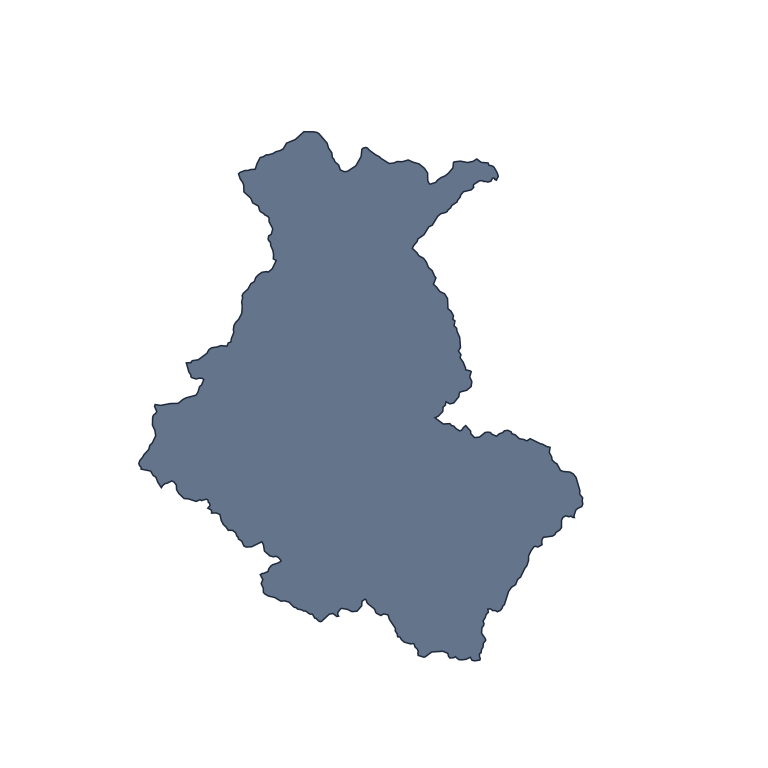 outline of Recuay, Áncash, Peru, rotated 127°
{"feature_id": "86281439B88732567790180", "entity_name": "Recuay", "entity_type": "district", "adm_level": 2, "iso_a3": "PER", "parent_name": "Peru", "parent_adm1": "Áncash", "projection": "albers", "projection_center": [-77.446, -9.949], "detail": "fine", "context": "isolated", "style": "filled", "palette": "slate", "viewbox_px": 768, "rotation_deg": 127, "n_neighbors": 0, "source": "geoboundaries", "source_scale": "gbopen_adm2", "svg_char_len": 6147}
<svg xmlns="http://www.w3.org/2000/svg" viewBox="0 0 768 768"><g transform="rotate(127 384 384)"><path d="M321.7,321.7L321.6,323.0L323.5,327.3L322.0,328.7L318.9,333.9L317.3,339.0L314.2,340.2L312.8,344.5L308.9,344.8L301.2,351.6L297.9,357.5L295.8,359.5L295.3,363.1L290.8,365.4L291.0,367.9L287.6,369.7L285.5,374.4L285.4,378.2L277.5,384.7L275.5,389.9L276.5,395.3L275.0,400.3L274.6,404.5L267.9,406.4L267.5,408.3L264.5,413.7L264.1,418.7L261.1,423.6L259.8,428.0L260.6,433.7L259.4,436.3L258.6,443.0L255.6,443.6L250.2,443.3L247.7,444.2L240.7,441.9L231.5,442.8L228.1,441.0L217.9,442.0L214.0,441.2L209.9,438.0L208.1,437.3L206.4,437.6L203.2,436.8L200.7,437.3L194.6,435.2L192.7,435.8L189.0,435.6L186.7,436.5L182.6,436.2L176.4,431.1L172.8,430.7L172.2,431.8L170.7,432.4L164.2,430.0L162.4,427.8L162.4,426.3L161.2,425.0L160.2,422.5L157.6,420.6L154.5,421.2L153.7,420.7L153.2,419.2L154.0,418.7L153.6,416.9L149.3,417.7L147.1,420.9L144.8,426.2L144.6,428.4L146.1,431.9L144.8,433.9L148.5,439.8L148.4,445.3L152.5,446.8L156.8,450.5L160.0,457.1L164.4,461.7L165.4,461.8L169.9,459.0L176.7,459.4L180.7,460.3L185.0,462.8L189.1,464.0L191.8,464.0L196.6,467.4L196.8,468.4L195.3,471.4L189.2,476.2L187.4,481.5L187.1,488.5L189.3,494.1L190.5,499.5L195.4,503.1L198.5,507.5L201.5,509.1L204.8,512.6L205.6,522.2L205.3,524.6L206.0,528.8L206.1,536.2L205.5,539.2L206.1,541.0L208.1,542.6L209.9,542.9L216.1,539.2L226.7,537.8L236.2,541.2L238.4,543.6L239.3,547.7L236.4,552.1L236.1,556.8L234.5,559.5L234.3,561.4L230.7,564.9L228.9,570.4L225.9,574.3L223.2,586.6L223.5,589.1L224.9,591.9L230.7,599.8L242.2,602.0L250.3,606.8L256.8,606.0L260.0,607.4L263.7,610.2L266.8,611.4L270.9,614.5L271.7,615.9L275.3,617.3L277.7,619.2L284.6,618.0L290.0,616.1L293.1,619.7L295.3,621.1L297.0,623.4L301.6,626.3L303.7,626.7L306.9,622.0L308.0,618.3L309.8,615.5L314.9,611.5L315.8,602.2L318.4,597.8L317.5,591.3L320.2,588.0L320.7,586.4L320.3,582.6L320.7,581.1L320.1,577.6L320.7,575.5L323.4,573.7L326.9,566.5L328.0,565.8L332.4,564.1L335.0,565.3L338.0,563.8L338.9,562.4L339.2,560.0L341.6,557.8L344.2,553.2L347.0,550.2L350.7,547.7L350.2,544.4L359.4,542.6L364.3,543.8L364.8,545.3L368.2,548.7L372.5,550.1L376.1,550.5L380.3,549.2L383.9,550.7L390.1,549.8L396.4,551.0L399.0,550.4L399.8,549.1L404.6,546.7L406.7,544.4L413.0,540.2L419.8,539.0L423.9,539.5L427.5,539.1L431.3,537.0L433.2,535.0L439.7,533.2L442.5,531.6L444.9,533.1L448.3,532.2L451.5,537.4L454.9,539.6L458.8,543.5L461.9,544.5L466.2,543.9L476.5,547.0L480.6,551.0L482.0,551.4L483.0,550.9L486.1,554.6L492.0,546.8L492.9,543.8L494.4,542.6L494.6,541.4L493.1,537.1L490.5,535.0L488.9,532.6L488.9,530.6L494.6,529.1L497.0,529.7L502.8,527.6L506.2,527.5L514.1,533.7L517.4,535.3L523.3,536.7L528.1,542.8L535.5,549.5L538.1,554.4L539.9,553.9L542.7,549.0L544.7,548.6L547.6,549.4L549.9,548.7L556.2,544.2L558.9,539.1L562.7,535.2L570.4,533.6L573.9,534.1L577.9,532.5L585.1,533.2L587.4,532.7L591.9,533.0L595.0,532.0L596.3,530.2L596.7,527.8L598.2,526.8L594.0,518.0L596.0,513.2L595.7,510.1L598.6,505.5L600.8,499.4L598.2,499.6L595.3,498.9L593.6,497.4L589.1,495.1L588.7,492.6L589.7,489.0L593.2,486.1L594.9,482.1L595.8,474.7L593.6,471.4L590.8,463.3L587.1,461.3L587.0,459.6L583.1,456.8L582.7,455.6L582.8,454.5L584.3,453.0L584.2,451.6L585.6,449.8L589.2,450.0L588.6,446.5L589.6,444.8L590.9,444.1L587.9,440.3L587.0,436.5L590.9,431.9L592.9,427.8L593.3,424.0L594.6,420.4L592.0,416.8L592.1,412.8L594.0,410.1L594.2,408.1L595.4,407.0L595.1,403.1L597.7,398.4L597.2,396.0L593.6,391.7L583.5,386.6L584.9,383.6L589.4,378.9L590.0,371.8L588.7,368.5L586.6,366.6L586.1,364.0L587.0,360.0L587.9,359.7L590.8,361.0L595.4,364.2L597.6,364.9L601.0,364.8L603.5,363.8L607.8,366.2L608.6,367.3L610.8,368.1L613.1,363.1L617.4,361.9L619.7,357.6L623.0,354.9L623.4,352.7L622.9,348.7L620.3,342.9L619.5,335.6L617.1,333.0L615.4,328.6L616.4,321.8L615.5,319.3L615.8,317.6L613.9,313.8L613.7,311.5L612.5,310.0L612.4,304.8L610.9,302.6L612.7,298.3L612.1,297.2L612.6,293.7L612.2,291.9L611.1,291.0L600.9,289.2L600.0,288.6L598.0,286.5L598.1,281.8L596.7,280.5L595.9,282.2L594.5,283.3L590.1,283.4L588.7,282.8L586.0,277.6L585.1,272.6L581.7,268.8L574.7,268.3L570.6,270.8L567.2,269.6L567.3,268.1L568.8,266.2L569.2,264.4L569.4,256.6L570.2,254.6L571.3,253.5L571.6,251.6L570.8,247.2L567.7,245.8L566.0,241.8L568.7,238.1L572.3,227.8L574.4,226.5L575.7,223.0L577.7,221.0L576.5,219.1L577.7,216.2L578.0,212.6L575.5,206.1L573.9,204.8L573.5,203.5L575.4,200.9L575.6,198.2L576.8,195.7L578.2,195.3L580.2,193.4L578.2,187.8L577.1,186.9L569.3,184.6L562.0,176.1L560.7,170.9L562.6,168.7L563.2,166.4L560.5,163.5L558.9,162.9L559.1,158.3L557.2,155.5L554.4,152.7L550.3,150.6L551.7,147.4L550.4,144.8L546.8,141.3L545.2,142.0L544.2,143.7L541.9,145.4L540.1,144.7L537.7,146.2L534.4,146.6L531.2,148.7L527.7,148.4L526.6,149.4L524.2,156.2L519.5,159.2L517.4,159.0L515.3,159.8L513.6,162.2L510.0,162.5L506.6,163.7L503.4,163.3L501.3,165.6L499.4,163.5L499.6,160.9L497.9,158.7L497.7,156.4L494.8,154.8L492.0,154.7L489.8,155.5L487.9,155.0L474.5,159.7L469.5,159.8L465.0,158.1L460.8,159.4L458.7,159.5L456.0,158.7L446.6,160.6L443.3,160.5L438.0,162.3L434.2,165.1L428.6,166.2L423.7,166.3L422.5,165.4L421.6,163.0L417.8,161.2L417.1,161.1L415.0,163.2L412.8,164.2L410.6,164.5L404.2,158.0L401.6,156.9L399.1,157.3L394.9,155.8L391.9,155.8L386.0,160.2L383.0,160.8L379.9,159.6L378.8,156.4L377.0,155.2L377.0,153.1L376.1,151.6L375.3,152.8L369.3,154.9L366.6,154.3L362.8,152.3L360.2,153.0L358.1,155.3L355.3,156.9L354.2,161.5L351.3,163.3L343.1,174.3L341.9,178.7L342.4,182.5L345.8,187.9L346.8,191.0L343.6,198.0L344.0,200.3L343.5,204.0L341.3,206.3L339.2,210.8L334.6,213.2L336.0,216.5L336.7,221.5L337.5,222.7L339.7,234.4L343.4,235.6L344.3,239.3L346.2,242.9L345.6,248.8L346.8,251.9L345.7,253.4L346.4,257.2L348.9,259.7L351.5,260.0L354.4,262.0L358.0,262.7L359.1,267.3L358.7,270.0L360.1,272.3L361.9,274.1L368.9,275.8L372.3,279.4L371.4,284.8L369.5,286.5L368.0,293.7L371.0,294.4L374.2,294.2L375.9,295.4L376.3,299.5L375.6,303.0L376.5,305.0L376.0,307.6L380.3,312.6L380.3,323.0L377.1,321.3L370.6,320.5L366.9,322.9L364.0,322.3L360.9,323.8L360.2,319.4L357.2,316.9L349.0,316.6L346.4,318.2L344.6,318.4L339.2,314.1L333.5,312.9L329.2,315.3L326.7,319.9L321.7,321.7Z" fill="#64748b" stroke="#1e293b" stroke-width="1.5"/></g></svg>